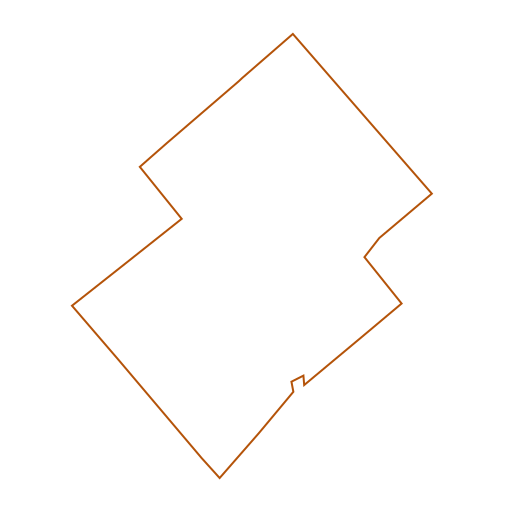 Stark, Ohio, United States of America, rotated 319°
{"feature_id": "52423323B51569510980228", "entity_name": "Stark", "entity_type": "district", "adm_level": 2, "iso_a3": "USA", "parent_name": "United States of America", "parent_adm1": "Ohio", "projection": "albers", "projection_center": [-81.371, 40.812], "detail": "fine", "context": "isolated", "style": "outline", "palette": "amber", "viewbox_px": 512, "rotation_deg": 319, "n_neighbors": 0, "source": "geoboundaries", "source_scale": "gbopen_adm2", "svg_char_len": 473}
<svg xmlns="http://www.w3.org/2000/svg" viewBox="0 0 512 512"><g transform="rotate(319 256 256)"><path d="M82.9,399.7L141.7,391.6L195.1,383.0L200.3,374.1L213.3,377.4L207.7,385.0L287.5,386.6L334.7,387.4L337.1,328.0L360.9,323.3L429.6,324.3L429.5,185.1L429.5,182.9L429.5,112.6L369.7,112.6L362.3,112.6L357.7,112.8L262.9,112.3L241.0,112.4L226.8,112.5L224.3,179.2L152.9,176.0L84.5,172.8L84.1,244.6L82.4,372.9L82.9,399.7Z" fill="none" stroke="#b45309" stroke-width="2"/></g></svg>